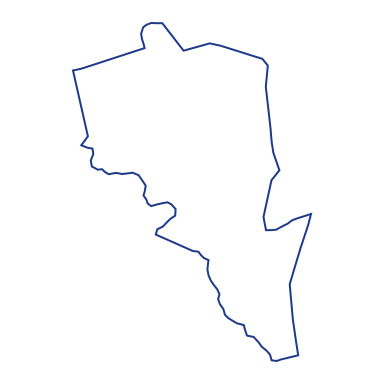 Redenção, Ceará, Brazil
{"feature_id": "56859067B98752060236455", "entity_name": "Redenção", "entity_type": "district", "adm_level": 2, "iso_a3": "BRA", "parent_name": "Brazil", "parent_adm1": "Ceará", "projection": "orthographic", "projection_center": [-38.762, -4.263], "detail": "fine", "context": "isolated", "style": "outline", "palette": "blue", "viewbox_px": 384, "rotation_deg": 0, "n_neighbors": 0, "source": "geoboundaries", "source_scale": "gbopen_adm2", "svg_char_len": 1404}
<svg xmlns="http://www.w3.org/2000/svg" viewBox="0 0 384 384"><path d="M265.8,86.9L267.8,65.6L262.3,58.8L251.6,55.5L229.1,48.4L220.5,45.7L209.8,43.4L189.9,48.9L183.6,50.7L162.3,23.2L156.4,23.2L151.2,23.0L146.4,24.8L143.1,27.4L141.1,34.0L142.1,39.5L143.5,43.6L144.6,48.1L81.3,68.7L73.0,70.5L87.9,136.3L81.3,145.3L87.3,147.7L92.5,148.6L93.3,154.2L90.8,160.4L91.8,166.4L97.8,169.7L102.0,169.2L105.0,172.0L108.7,174.2L116.1,172.9L122.3,174.0L127.5,173.4L132.6,172.7L138.6,175.2L142.4,180.6L145.7,185.7L144.8,191.1L143.5,195.5L146.3,199.5L147.7,203.5L151.2,206.1L156.8,204.5L162.5,203.2L167.6,202.3L171.5,204.5L175.6,209.1L175.2,215.7L170.4,218.8L167.4,221.8L162.8,226.6L157.3,229.3L155.8,234.6L192.8,251.0L198.4,251.7L200.8,254.9L203.9,258.0L208.5,260.1L207.9,264.7L207.4,269.6L208.6,275.5L210.9,280.7L213.8,285.0L217.2,289.2L219.5,294.3L218.1,299.1L219.9,304.1L223.4,309.1L224.9,314.7L228.0,317.9L231.7,320.2L236.9,323.3L243.7,325.0L245.2,330.3L247.0,335.6L253.7,337.0L258.4,342.1L261.7,346.7L266.3,350.4L270.0,354.6L271.6,360.3L276.8,361.0L281.2,359.4L298.2,355.3L295.8,339.9L292.8,318.9L289.7,284.3L295.6,264.4L298.8,253.9L300.8,247.3L308.1,225.2L311.0,214.0L297.8,218.2L292.1,220.3L287.8,223.6L283.3,225.8L276.1,229.7L270.9,230.1L266.0,230.2L263.5,217.0L271.5,180.2L279.4,170.3L273.4,152.9L271.7,142.2L271.1,135.6L270.6,129.1L269.4,118.3L265.8,86.9Z" fill="none" stroke="#1e3a8a" stroke-width="2"/></svg>